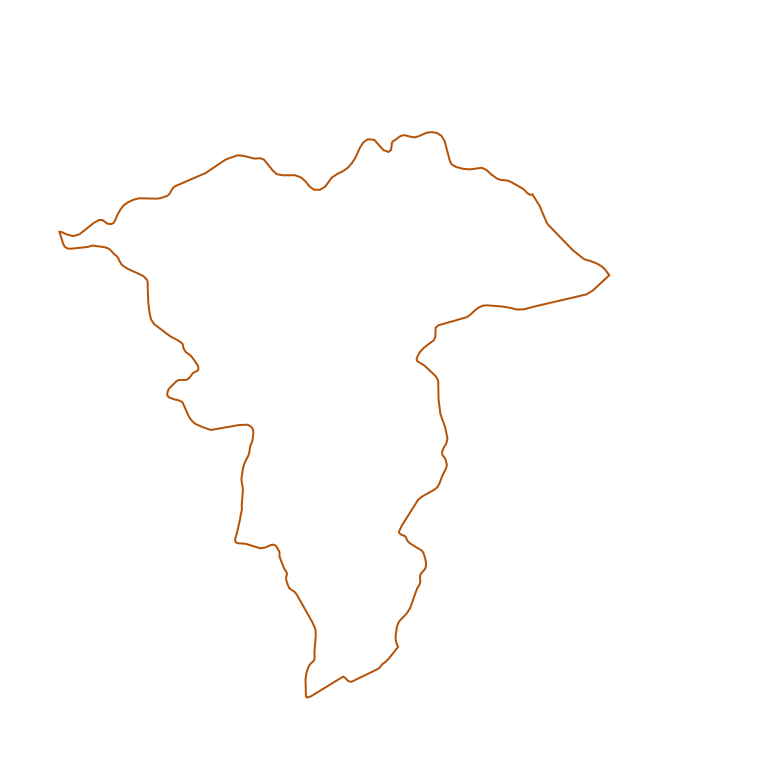 the Province of Balkh, rotated 339°
{"feature_id": "AFG-1744", "entity_name": "Balkh", "entity_type": "Province", "adm_level": 1, "iso_a3": "AFG", "parent_name": "Afghanistan", "parent_adm1": "", "projection": "robinson", "projection_center": [66.961, 36.526], "detail": "fine", "context": "isolated", "style": "outline", "palette": "amber", "viewbox_px": 768, "rotation_deg": 339, "n_neighbors": 0, "source": "natural_earth", "source_scale": "10m", "svg_char_len": 4558}
<svg xmlns="http://www.w3.org/2000/svg" viewBox="0 0 768 768"><g transform="rotate(339 384 384)"><path d="M527.7,178.6L525.5,198.4L525.8,203.0L529.0,207.2L534.8,211.3L541.2,214.5L552.8,217.2L556.4,221.0L559.1,226.5L563.2,232.9L566.0,235.2L572.1,238.3L574.4,240.3L583.2,250.8L584.7,253.4L585.8,256.1L587.1,258.6L589.4,260.2L590.6,260.2L590.6,260.6L593.1,273.5L593.7,291.3L594.2,293.9L608.2,326.7L615.1,338.4L616.7,340.2L620.9,343.2L626.0,347.9L629.6,352.5L631.3,355.9L633.3,363.2L612.5,371.5L605.2,372.9L554.0,365.8L541.6,364.4L535.6,362.5L532.2,360.4L530.7,359.1L522.7,354.3L508.0,347.3L504.4,346.3L500.2,346.5L496.3,347.5L488.9,350.4L485.4,351.3L456.1,348.7L452.4,349.9L448.8,358.5L446.1,361.0L434.4,364.4L429.2,366.9L426.7,368.9L424.4,371.1L423.6,372.3L423.2,373.1L423.1,373.9L423.3,374.6L423.8,375.4L428.3,381.2L435.1,395.2L435.5,397.6L435.6,400.9L429.6,417.3L425.9,432.2L425.6,446.1L423.8,457.4L422.6,459.4L420.8,461.9L416.7,465.1L414.4,467.5L413.4,469.4L413.1,470.9L413.3,471.9L413.8,473.3L414.3,475.4L414.3,477.4L413.8,481.5L412.6,483.9L410.8,485.8L405.4,490.7L401.1,495.7L398.6,498.1L396.5,499.6L392.8,500.7L379.2,502.7L374.4,504.3L350.1,522.4L344.9,527.3L344.9,527.9L344.9,528.5L345.2,529.5L345.8,530.5L346.7,531.5L348.3,532.7L348.9,533.3L349.3,534.2L349.5,535.4L349.7,538.7L349.9,539.3L350.8,541.3L352.5,543.9L359.6,553.1L360.2,555.4L360.2,558.2L359.6,564.2L358.5,567.7L357.1,570.3L355.5,571.7L351.3,573.8L349.2,575.5L348.2,577.6L347.4,580.8L346.2,582.9L344.8,584.4L341.6,586.8L338.1,590.8L328.3,602.4L322.9,606.4L313.3,610.9L310.9,613.1L309.0,615.4L304.7,623.1L303.6,625.9L303.0,628.6L302.7,631.1L303.0,634.5L290.1,642.0L286.1,643.9L282.3,644.9L280.1,646.0L278.1,647.3L275.8,647.9L247.5,650.3L246.0,650.0L244.6,648.9L243.8,647.8L242.6,644.8L242.2,644.1L241.7,643.4L241.3,643.0L241.0,642.7L240.6,642.6L203.7,649.4L199.8,649.1L199.2,647.6L204.9,631.6L207.6,626.7L209.1,624.6L211.5,621.8L213.7,619.7L214.9,619.0L218.6,617.5L219.6,616.9L220.3,616.2L220.7,615.6L221.0,615.1L222.9,609.4L229.8,595.2L231.8,589.7L232.0,585.7L231.7,580.3L227.1,549.5L226.2,546.3L222.4,540.8L222.2,536.6L222.4,532.8L222.6,531.5L223.0,530.2L223.3,529.4L225.1,527.0L225.4,526.3L225.6,525.4L225.5,524.5L224.9,521.7L224.6,519.9L224.6,508.0L225.0,506.4L226.0,503.9L226.2,502.5L226.0,500.9L225.1,496.5L224.3,495.3L223.1,494.3L220.5,493.8L214.3,494.0L210.2,493.2L208.5,492.2L197.9,483.8L190.0,480.0L189.0,478.7L188.8,477.6L189.3,476.0L189.9,474.8L193.1,470.7L201.6,458.0L203.0,455.3L205.9,451.1L206.6,449.7L207.9,445.8L214.1,432.9L214.9,430.5L216.2,423.8L216.7,422.2L217.3,420.7L221.8,412.7L224.7,408.7L225.9,407.4L232.0,401.9L233.8,399.5L236.7,394.3L237.7,393.1L240.0,390.8L241.0,389.5L244.2,383.5L244.8,382.1L245.2,380.1L245.3,379.1L245.2,377.8L244.6,376.1L243.6,374.8L242.5,373.7L241.2,372.8L233.7,370.3L206.0,364.9L199.9,359.9L193.8,353.9L191.5,349.7L190.2,344.9L189.3,328.5L186.1,325.3L183.7,323.9L179.1,320.1L177.8,318.0L177.9,315.9L180.0,312.6L182.5,310.8L191.3,307.0L192.4,306.8L193.6,306.8L194.8,307.0L200.2,309.1L201.5,309.2L203.1,309.0L204.8,308.4L209.1,305.6L210.3,305.3L214.4,304.7L215.7,304.2L216.5,302.5L216.8,299.8L214.5,290.5L213.2,287.4L210.6,283.6L209.8,280.3L209.6,278.1L210.0,276.8L210.3,275.7L210.3,274.4L209.4,272.5L207.8,270.1L201.6,263.0L194.6,251.7L190.8,245.5L189.6,240.1L190.8,232.7L193.0,224.0L198.2,208.5L198.8,207.2L199.1,206.7L199.8,204.1L200.2,202.3L198.0,196.9L185.9,184.5L182.5,179.7L181.9,178.7L181.1,174.1L181.0,171.6L180.8,170.4L180.3,168.9L179.7,167.7L178.5,165.8L177.5,162.9L176.1,159.8L174.2,157.7L171.7,155.9L162.7,150.9L160.4,150.1L156.5,149.9L140.6,145.6L137.9,144.5L137.2,144.0L136.6,143.4L135.7,142.3L135.1,141.2L134.8,139.3L134.7,137.6L135.4,127.7L135.5,125.6L137.3,126.5L141.5,130.7L146.7,134.5L153.4,135.1L171.1,129.5L177.2,128.8L179.8,130.0L183.6,135.5L186.8,137.0L189.5,136.6L191.6,134.9L195.6,130.7L200.1,126.9L204.4,124.2L209.4,122.7L215.9,122.2L222.1,122.9L239.0,129.8L242.2,130.4L249.1,130.7L251.8,129.7L256.9,125.5L259.6,124.5L293.1,123.1L316.6,117.7L329.0,118.0L333.7,120.1L343.9,127.2L349.3,128.8L352.4,131.6L356.7,145.0L359.1,149.7L364.3,152.9L375.6,157.1L380.8,161.7L383.4,167.0L385.3,172.8L388.2,177.5L393.9,179.7L399.7,178.7L409.4,172.5L416.0,171.1L422.2,170.6L427.8,169.1L432.9,166.5L438.0,162.8L446.4,154.6L451.1,151.2L456.5,149.7L462.4,152.5L467.2,165.4L471.4,169.0L474.2,168.0L476.2,165.0L477.7,161.9L479.3,160.5L482.0,160.2L486.9,158.7L489.8,158.4L492.8,159.3L498.4,163.4L501.2,164.7L504.4,165.1L513.6,164.7L518.9,166.0L523.5,168.7L526.5,172.8L527.7,178.6Z" fill="none" stroke="#b45309" stroke-width="2"/></g></svg>